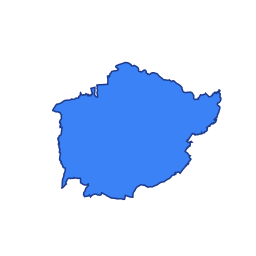 the district of Pausesti, Vâlcea, Romania, rotated 132°
{"feature_id": "2599482B2122771532441", "entity_name": "Pausesti", "entity_type": "district", "adm_level": 2, "iso_a3": "ROU", "parent_name": "Romania", "parent_adm1": "Vâlcea", "projection": "natural_earth1", "projection_center": [24.126, 45.067], "detail": "fine", "context": "isolated", "style": "filled", "palette": "blue", "viewbox_px": 256, "rotation_deg": 132, "n_neighbors": 0, "source": "geoboundaries", "source_scale": "gbopen_adm2", "svg_char_len": 5698}
<svg xmlns="http://www.w3.org/2000/svg" viewBox="0 0 256 256"><g transform="rotate(132 128 128)"><path d="M217.4,137.1L215.6,136.6L213.7,136.5L212.2,136.6L210.8,136.3L210.5,137.1L209.7,138.1L208.3,138.1L207.0,138.8L204.9,138.5L204.2,137.9L204.3,137.1L203.1,136.2L201.5,134.5L200.9,134.9L199.0,131.5L197.2,129.9L197.2,129.7L200.4,126.6L199.9,123.4L199.2,121.9L198.2,120.7L196.2,120.1L197.2,118.9L197.8,119.0L201.0,119.0L203.7,117.8L205.6,117.6L207.4,116.3L208.0,114.3L204.6,111.7L203.6,111.8L204.3,109.7L202.8,109.8L200.9,109.4L198.6,107.8L197.9,105.5L196.6,103.9L195.9,103.4L194.9,103.6L193.8,104.3L192.5,99.5L192.4,97.8L191.6,95.6L191.5,94.1L191.1,93.4L190.6,93.3L190.5,92.7L188.7,90.3L188.6,89.6L187.8,89.2L187.8,88.5L186.6,87.4L186.1,86.7L185.1,85.9L184.7,85.1L184.7,84.8L184.3,83.8L183.2,82.9L179.8,84.9L178.5,81.8L177.7,80.0L176.2,78.1L173.1,80.6L171.6,81.0L169.7,81.1L168.9,81.5L167.2,81.8L165.4,81.7L161.5,80.4L161.2,80.1L160.0,77.9L159.3,77.4L159.3,75.8L158.8,74.7L158.8,73.8L156.8,72.2L155.5,70.6L150.0,68.1L148.4,67.9L146.0,67.0L143.6,65.1L142.4,65.1L138.7,63.9L137.8,63.4L136.4,63.4L135.9,63.3L134.3,63.5L132.2,62.8L132.1,62.2L130.3,61.7L130.1,63.1L129.2,62.9L129.3,62.2L128.5,62.0L126.9,61.2L126.7,60.8L126.8,59.0L121.9,59.5L119.4,59.5L117.2,59.9L117.3,59.5L114.9,59.8L114.9,59.1L113.7,59.3L113.7,59.6L113.6,60.0L109.2,60.3L108.9,60.7L109.0,61.8L108.5,63.1L107.0,63.2L107.4,64.0L107.4,64.3L106.9,66.7L107.2,69.9L105.1,70.4L103.1,70.6L103.2,70.8L102.6,70.8L102.6,70.4L100.5,70.6L100.6,70.1L99.9,69.9L99.3,70.4L98.5,70.7L97.8,71.6L97.2,71.9L96.5,71.7L95.8,71.0L95.7,72.2L97.1,72.6L97.7,73.1L98.0,72.9L98.5,74.5L98.4,74.6L98.5,75.5L96.9,75.9L96.7,75.2L89.1,76.5L89.1,75.8L88.0,75.1L88.4,74.2L88.3,73.4L87.4,73.3L87.2,72.7L86.3,72.0L86.3,71.6L84.7,71.0L84.3,70.5L84.2,70.3L83.5,69.8L82.8,70.0L83.1,69.7L83.0,69.3L80.8,68.6L80.3,67.9L80.1,67.9L79.8,68.5L79.6,68.6L77.8,67.6L76.7,67.7L76.1,68.1L75.9,68.6L75.2,68.8L75.1,69.8L74.6,69.9L73.5,69.3L72.3,69.3L72.1,68.6L71.8,68.4L71.6,68.5L71.7,68.9L71.5,69.0L71.0,69.0L70.2,68.7L68.7,69.1L68.4,68.9L68.4,68.4L68.0,68.0L68.1,67.6L67.5,67.7L66.8,68.0L66.7,67.2L64.9,66.9L64.2,67.5L63.8,67.3L62.5,68.0L64.3,69.1L64.1,69.6L62.6,69.6L60.5,69.1L58.2,70.4L56.2,70.9L51.9,73.0L50.8,74.0L51.0,76.6L50.8,77.2L49.9,78.0L49.6,78.1L48.8,77.5L48.0,77.3L46.5,77.4L45.0,77.9L43.7,78.9L43.5,79.2L43.5,80.4L43.1,80.6L42.2,81.5L41.2,82.0L40.9,82.3L41.0,83.5L40.9,84.0L40.4,84.3L38.9,84.5L38.6,85.0L38.7,85.7L38.9,85.8L39.4,85.0L39.6,84.9L40.6,85.6L41.5,85.0L42.2,85.4L43.0,85.5L42.9,85.7L42.2,86.0L43.7,86.5L43.1,87.1L43.3,87.4L46.4,87.7L47.3,87.5L47.2,87.2L47.8,87.2L49.3,87.8L50.2,88.3L50.7,88.9L50.4,90.2L50.4,93.6L50.8,93.4L51.6,93.5L52.2,94.0L52.8,94.2L53.4,94.7L53.6,94.7L54.4,95.5L54.8,96.3L57.2,95.7L57.9,95.6L58.7,95.9L59.6,94.9L60.5,96.1L62.3,97.6L62.2,98.6L61.8,99.3L60.4,100.3L59.9,100.8L59.0,104.0L59.2,104.8L59.5,105.6L60.0,105.7L60.3,106.5L61.2,107.0L61.8,107.9L62.7,108.4L63.4,109.3L64.0,110.5L64.0,111.7L63.9,112.3L63.1,113.2L62.8,114.1L61.9,114.9L61.7,115.7L61.6,117.4L61.7,119.2L62.4,122.2L62.3,124.6L62.4,125.7L62.6,126.1L64.2,126.7L64.7,129.1L64.6,129.4L65.9,130.3L67.4,132.7L68.5,134.0L68.3,135.3L68.6,139.6L68.2,142.6L69.4,145.3L70.6,146.9L72.0,147.5L73.7,147.6L74.2,149.0L74.8,149.1L74.6,150.1L74.8,151.5L74.0,152.1L73.6,152.8L73.5,153.3L73.7,154.3L74.0,154.7L74.5,154.9L77.5,155.5L77.7,156.6L78.1,156.9L78.6,157.8L78.6,158.4L77.3,159.4L76.6,160.6L76.6,162.5L77.3,165.2L77.8,165.6L78.8,166.1L79.5,166.9L79.5,167.3L78.8,168.2L79.2,169.1L79.0,170.1L79.4,170.6L79.7,171.9L81.6,174.3L82.8,174.7L87.4,177.4L89.3,178.2L90.3,178.4L90.8,177.8L90.9,176.9L90.7,176.5L90.6,174.6L91.4,174.3L91.9,174.6L92.9,174.7L94.8,176.5L96.9,177.9L98.4,177.5L99.6,177.7L100.7,177.0L102.6,176.2L102.8,176.9L102.5,177.7L103.2,177.9L105.5,175.3L107.4,173.6L108.8,172.7L109.1,172.3L116.7,179.8L117.6,179.3L117.8,178.3L119.3,177.5L120.5,175.6L122.2,174.9L122.5,174.7L122.9,174.1L122.9,173.7L123.9,173.1L124.2,172.2L125.1,171.5L126.0,171.7L126.2,172.7L125.7,175.3L123.3,176.9L119.9,179.8L123.4,182.1L124.3,180.4L125.3,179.5L125.6,178.3L126.2,177.4L126.8,177.1L127.3,177.8L128.0,177.9L128.4,177.3L129.3,177.4L129.5,177.6L129.6,178.4L129.4,179.5L129.7,179.8L129.8,180.3L130.2,180.3L130.3,179.0L130.9,179.2L130.8,179.7L130.4,180.8L130.6,181.1L130.6,182.2L132.0,182.0L132.3,182.4L133.2,183.3L134.0,183.5L134.1,185.0L134.4,185.4L133.5,186.7L133.5,186.9L134.3,186.5L135.8,185.2L137.5,185.7L138.6,184.8L138.9,184.8L140.6,186.7L142.6,187.1L143.6,188.1L144.0,189.2L146.0,189.8L149.4,193.1L150.6,193.7L154.0,194.4L156.1,195.4L158.3,197.0L164.6,196.0L165.2,195.7L165.4,195.4L165.3,195.1L164.8,194.6L164.4,192.8L164.1,192.2L162.8,190.9L162.6,189.9L162.0,188.8L162.0,188.6L162.5,188.0L162.7,186.8L163.0,186.1L162.9,185.9L164.2,185.3L164.5,184.8L165.6,183.8L166.4,183.5L167.4,183.6L169.2,182.9L169.5,182.5L169.4,181.7L170.1,181.5L169.9,181.2L170.7,179.8L171.2,179.9L171.6,179.7L172.0,179.9L173.1,178.8L171.6,177.5L175.8,174.6L177.8,173.3L178.5,173.4L179.1,173.7L179.9,173.8L180.6,173.2L181.6,173.4L182.0,173.0L182.8,173.1L183.1,172.9L183.1,171.9L184.2,171.2L184.4,170.4L184.8,170.1L184.7,169.4L185.1,169.2L185.9,169.2L185.8,168.7L186.8,168.7L186.9,168.2L186.7,167.7L187.9,167.1L188.1,166.5L188.9,165.8L188.8,165.1L189.7,164.5L190.0,163.7L191.3,163.3L192.0,162.8L192.1,162.4L191.8,162.0L191.8,161.4L195.6,159.0L196.1,158.4L197.1,157.9L197.3,157.6L197.8,155.9L197.5,155.3L197.8,154.9L198.7,154.7L199.1,153.8L199.0,152.8L199.3,152.5L199.8,151.1L200.4,150.6L200.6,149.3L199.8,147.9L200.0,147.5L200.9,146.9L201.5,146.3L202.9,145.5L205.0,144.8L206.6,143.6L208.2,142.8L209.9,142.3L213.8,139.3L215.4,137.8L216.1,137.4L217.4,137.1Z" fill="#3b82f6" stroke="#1e3a8a" stroke-width="1.5"/></g></svg>